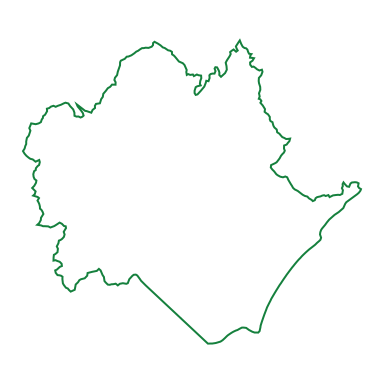 Guaraqueçaba, Paraná, Brazil (Albers equal-area conic projection)
{"feature_id": "56859067B83930730788661", "entity_name": "Guaraqueçaba", "entity_type": "district", "adm_level": 2, "iso_a3": "BRA", "parent_name": "Brazil", "parent_adm1": "Paraná", "projection": "albers", "projection_center": [-48.356, -25.235], "detail": "fine", "context": "isolated", "style": "outline", "palette": "green", "viewbox_px": 384, "rotation_deg": 0, "n_neighbors": 0, "source": "geoboundaries", "source_scale": "gbopen_adm2", "svg_char_len": 5617}
<svg xmlns="http://www.w3.org/2000/svg" viewBox="0 0 384 384"><path d="M76.8,104.4L77.7,106.5L79.7,108.9L81.1,110.6L82.8,113.0L83.6,115.6L82.4,116.7L80.6,117.5L78.5,116.5L76.5,116.6L74.5,115.8L74.4,112.6L73.2,109.4L70.1,106.1L68.4,103.5L65.5,102.7L63.7,103.4L61.1,104.7L57.6,105.9L55.7,106.8L53.5,105.8L51.0,106.6L49.1,108.1L46.9,108.7L47.1,111.2L45.1,114.7L43.1,116.2L42.8,118.2L41.8,119.4L40.9,122.1L38.7,123.4L35.7,124.2L31.2,123.4L30.1,126.2L29.3,128.1L30.4,130.7L28.8,135.6L26.9,137.9L26.2,141.5L26.2,144.1L25.3,146.0L24.6,148.6L23.0,151.1L24.5,153.6L26.4,155.8L28.7,157.7L30.3,158.8L32.7,159.4L35.6,161.7L39.2,160.0L39.8,162.1L39.1,165.0L37.6,166.1L35.9,168.2L35.7,170.1L34.1,171.2L33.3,174.2L33.6,176.8L34.5,179.0L36.4,180.5L36.0,182.8L34.3,185.8L32.2,188.0L35.6,191.4L34.8,194.1L33.2,195.6L37.7,197.0L39.0,198.1L37.5,200.6L38.5,202.3L39.3,204.1L39.9,206.5L40.0,208.7L41.3,209.7L42.5,211.6L43.4,214.0L41.0,217.8L40.8,220.1L39.1,223.2L37.3,224.8L41.1,225.4L43.0,226.2L44.8,226.2L48.3,226.4L50.4,227.5L54.2,226.1L56.6,224.6L59.6,222.6L61.9,223.8L64.0,226.0L65.7,226.3L66.0,228.1L65.0,229.7L63.7,231.9L64.6,234.4L63.9,236.9L62.1,238.9L60.5,240.0L58.9,240.6L58.4,243.3L56.8,246.4L57.9,248.7L57.5,252.2L55.3,254.1L53.9,254.8L53.6,257.3L53.5,260.6L55.6,260.2L57.1,260.9L59.7,261.8L61.6,263.7L61.9,266.0L59.8,266.9L56.9,269.6L55.2,270.4L55.7,272.8L57.5,275.1L59.4,275.3L61.0,275.7L62.5,276.7L62.4,279.1L62.9,283.4L63.9,285.1L65.9,287.7L67.8,288.5L69.0,290.0L70.7,291.6L74.7,289.8L75.3,286.8L75.7,284.5L78.0,282.3L79.4,280.1L81.1,279.2L84.7,278.3L87.2,275.7L87.6,273.0L92.3,271.8L96.8,270.9L98.9,268.9L100.6,270.4L101.5,272.5L102.5,274.9L103.9,277.0L104.5,281.1L105.7,282.5L107.8,284.6L109.8,284.8L111.4,284.3L113.2,284.2L115.7,283.7L117.8,285.4L119.8,283.8L122.9,283.2L126.3,283.8L127.8,283.2L129.3,279.2L132.3,275.9L133.7,274.8L135.8,274.6L137.3,275.5L140.1,279.3L141.0,280.7L145.7,285.4L207.9,343.6L212.5,343.5L215.8,343.0L220.5,341.6L222.6,340.2L224.9,338.1L226.5,336.5L227.7,335.4L229.4,334.2L231.5,332.8L233.4,331.7L235.7,330.6L237.5,330.0L239.4,328.9L241.9,327.6L243.8,327.6L246.2,327.9L248.9,329.9L252.2,331.7L254.5,332.5L256.6,332.5L258.2,332.6L259.6,331.1L260.0,329.2L260.4,327.5L260.6,325.8L261.1,324.1L261.9,321.6L263.0,318.4L263.8,316.1L264.4,314.4L265.4,311.8L266.4,309.2L267.0,307.5L268.3,304.9L269.4,302.7L270.5,300.6L271.3,298.8L272.9,296.1L274.6,293.2L276.6,289.9L277.5,288.5L278.6,286.7L279.8,284.8L280.9,283.3L282.0,281.6L283.2,279.8L284.5,277.9L285.7,276.2L286.7,274.7L288.2,272.7L289.6,270.8L290.9,269.1L292.1,267.5L293.2,266.2L294.7,264.3L296.7,261.9L298.7,259.6L300.4,257.9L301.7,256.4L303.4,254.7L305.7,252.5L307.7,250.7L309.3,249.3L311.5,247.6L313.7,245.9L315.2,244.7L317.1,242.8L319.1,241.1L320.4,239.8L321.1,237.7L320.0,234.5L320.3,232.2L321.1,230.0L322.0,228.6L325.1,224.9L326.9,222.4L329.2,219.6L334.5,214.9L338.7,212.1L343.3,208.1L345.2,203.8L346.3,202.2L357.2,194.2L358.9,192.7L360.4,190.7L361.0,189.1L359.1,188.0L358.0,186.4L358.6,183.3L356.8,182.4L355.0,182.2L351.9,182.5L350.5,183.5L349.1,186.8L347.0,186.4L345.0,184.3L343.5,182.4L342.6,184.1L342.8,186.2L341.9,188.1L342.9,190.2L342.3,193.8L339.9,195.0L338.1,194.8L336.0,195.0L333.0,195.4L329.6,197.1L328.4,195.1L325.7,196.0L324.1,195.2L322.2,195.6L320.5,196.4L318.5,196.8L317.0,197.2L315.6,198.2L314.8,200.2L312.8,201.1L311.6,199.9L308.9,198.3L307.4,196.6L304.8,195.9L302.6,194.7L297.7,190.9L294.7,189.4L293.0,187.8L292.1,186.1L290.7,183.9L288.4,180.0L287.2,177.3L285.3,176.5L283.0,177.3L280.3,176.7L277.6,175.2L276.3,174.2L274.2,171.4L272.2,169.4L270.8,167.5L271.1,165.1L275.1,163.2L276.6,162.3L278.4,160.0L279.6,158.4L281.0,155.8L282.3,154.2L283.9,152.6L284.8,150.7L284.0,148.6L284.1,145.5L286.6,144.6L288.1,142.6L289.4,141.2L290.1,138.6L288.2,138.9L286.1,139.0L284.2,137.9L282.3,137.1L280.7,135.3L279.4,133.7L277.2,132.3L276.7,129.5L274.4,127.5L273.4,125.7L272.9,123.9L272.5,122.2L270.5,121.1L269.8,119.5L269.8,116.9L267.9,114.2L266.5,113.4L264.6,111.8L265.0,109.1L262.7,105.4L260.4,102.8L261.4,101.0L260.3,99.3L258.8,98.8L259.7,96.4L259.0,93.3L260.3,89.9L260.2,86.9L259.0,83.1L258.7,81.0L258.9,77.9L261.2,75.3L262.5,71.8L261.9,69.7L259.4,70.5L256.9,69.2L255.6,68.0L253.6,66.6L251.9,66.9L250.2,64.7L250.1,62.4L252.5,60.7L254.0,58.2L252.2,57.9L250.0,57.7L250.4,55.4L251.4,54.1L249.0,53.7L248.0,51.6L247.4,49.6L246.1,48.3L244.5,48.0L242.7,46.7L241.2,43.9L239.8,40.4L238.7,42.0L235.9,46.4L236.6,48.5L237.7,50.5L236.1,51.7L233.6,49.5L231.6,50.8L230.1,52.1L230.7,54.0L229.7,56.1L226.9,60.4L225.7,62.7L226.5,66.1L226.8,69.7L225.1,73.1L221.0,76.8L219.3,75.0L219.4,72.6L218.8,70.6L217.1,67.4L215.4,67.2L214.6,68.6L215.5,71.1L214.5,73.6L212.3,73.6L210.5,74.1L209.4,75.3L209.6,78.0L208.5,81.2L206.3,80.8L205.7,83.0L204.3,86.6L200.9,90.7L197.5,94.4L195.7,94.9L194.6,93.1L194.6,90.7L195.7,87.2L197.2,86.3L200.7,85.4L199.9,83.8L200.3,80.9L201.3,78.2L201.1,75.6L198.4,75.2L196.9,74.5L193.9,76.1L192.9,74.5L190.2,74.9L188.2,74.1L186.8,74.9L186.3,72.0L186.7,70.0L184.5,65.0L182.8,63.2L178.9,61.5L176.3,58.3L174.8,56.5L173.7,55.4L172.1,54.4L171.9,51.8L170.1,50.7L168.1,50.3L164.7,48.0L162.8,47.4L160.6,45.4L157.9,43.6L154.5,41.8L153.1,43.0L153.0,45.1L151.7,46.7L148.6,47.9L145.6,47.7L143.8,48.1L142.1,48.1L140.0,49.4L138.1,50.8L136.3,51.6L134.3,53.3L131.4,55.3L128.5,56.5L126.7,56.7L124.7,58.9L123.1,59.6L120.8,60.7L120.1,62.2L120.0,65.4L117.8,71.7L117.1,75.1L115.0,77.7L114.4,80.0L115.6,82.2L115.5,84.7L112.0,84.6L110.2,86.8L107.8,88.2L105.9,90.8L103.3,93.8L102.8,96.9L101.2,99.1L99.9,103.3L96.0,103.9L94.9,105.8L95.0,108.0L92.6,109.9L91.3,112.7L86.6,111.1L85.0,110.8L83.4,109.5L76.8,104.4Z" fill="none" stroke="#15803d" stroke-width="2"/></svg>